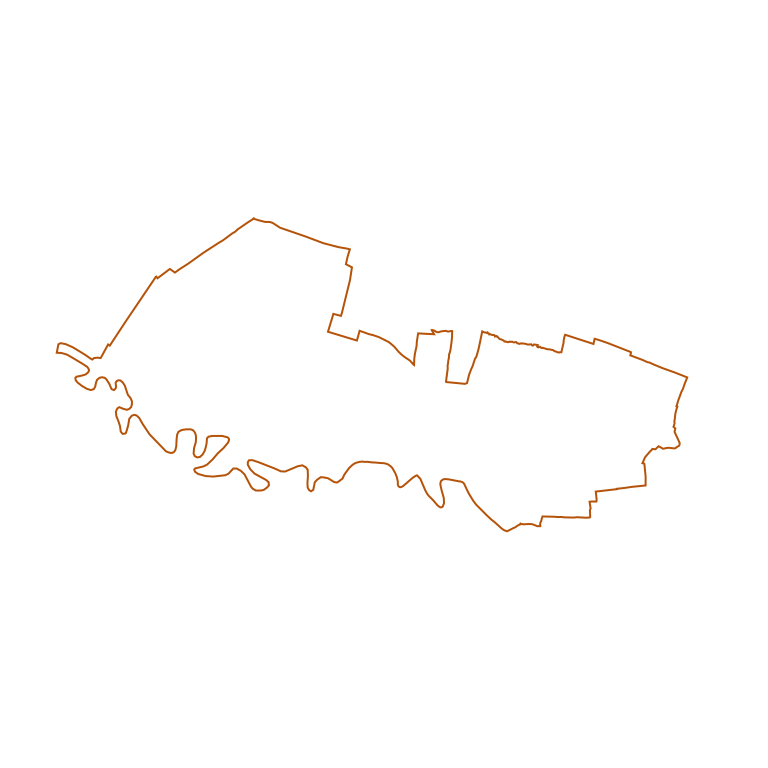 outline of Dranceni, Vaslui, Romania, rotated 136°
{"feature_id": "2599482B495393789675", "entity_name": "Dranceni", "entity_type": "district", "adm_level": 2, "iso_a3": "ROU", "parent_name": "Romania", "parent_adm1": "Vaslui", "projection": "albers", "projection_center": [28.101, 46.793], "detail": "fine", "context": "isolated", "style": "outline", "palette": "amber", "viewbox_px": 768, "rotation_deg": 136, "n_neighbors": 0, "source": "geoboundaries", "source_scale": "gbopen_adm2", "svg_char_len": 6166}
<svg xmlns="http://www.w3.org/2000/svg" viewBox="0 0 768 768"><g transform="rotate(136 384 384)"><path d="M597.7,633.8L594.5,630.4L591.6,625.3L590.0,619.8L586.9,608.3L585.6,602.6L585.9,600.3L586.7,598.6L588.8,597.9L591.9,598.1L595.3,599.8L600.2,602.9L601.8,602.8L603.2,600.8L603.4,597.9L602.6,592.4L601.1,587.0L599.1,583.3L596.3,581.9L593.4,582.8L590.3,585.0L587.5,586.3L584.6,586.1L582.4,585.0L580.6,582.5L580.5,579.8L581.6,574.6L582.9,571.4L583.5,569.5L582.5,567.2L580.5,567.2L578.9,567.9L576.1,571.4L574.0,571.8L572.4,571.1L571.1,569.5L570.9,566.2L571.6,562.8L575.7,554.3L576.1,550.1L577.2,546.9L579.2,544.7L582.0,543.0L584.7,543.1L586.9,544.1L588.9,547.5L590.5,551.2L592.2,551.6L594.0,551.3L596.2,550.2L598.8,546.9L601.0,541.5L603.2,537.0L606.4,532.7L606.7,529.8L605.2,528.5L603.9,528.0L601.3,529.3L596.7,532.0L591.4,535.9L587.4,536.4L585.0,535.2L583.8,533.1L583.7,529.4L585.4,522.9L587.6,510.7L587.6,487.1L586.6,484.7L585.5,482.8L584.1,481.5L582.2,481.0L580.0,481.4L576.7,483.5L571.4,488.5L567.9,491.3L565.1,492.4L561.9,491.6L559.6,490.2L557.6,488.6L554.6,485.7L553.5,483.5L553.6,481.4L553.9,480.0L554.9,477.9L556.7,475.7L559.8,472.9L565.2,469.8L569.3,466.2L570.2,463.6L569.4,461.0L567.1,459.4L563.6,459.3L559.9,460.3L557.2,461.7L553.0,464.4L549.1,467.9L546.8,468.0L543.7,466.0L536.5,459.1L533.8,454.7L533.4,453.4L534.0,451.6L536.7,450.2L544.1,449.4L551.8,449.6L559.6,448.8L567.1,448.9L571.3,450.2L578.5,454.5L580.0,454.2L580.9,452.2L580.2,448.4L576.2,441.6L571.1,436.0L561.5,428.6L558.2,427.5L551.2,427.9L548.7,425.5L547.3,421.0L547.1,415.9L551.0,402.5L551.2,400.0L550.2,396.4L546.2,392.6L543.8,391.3L540.1,390.8L537.2,391.0L535.2,393.6L535.5,397.0L539.4,409.5L539.4,415.7L538.0,420.6L536.2,422.4L534.1,422.9L531.6,420.7L528.6,414.9L521.0,398.4L518.9,392.9L515.9,389.7L503.3,384.8L499.2,382.2L498.1,378.3L498.5,375.3L502.5,370.8L507.8,366.0L510.8,362.6L511.6,359.8L511.0,357.5L508.4,357.0L502.0,361.4L498.6,361.6L494.2,360.9L491.8,358.1L489.7,355.0L488.0,348.2L486.3,345.8L484.1,345.3L479.5,344.8L475.4,346.4L467.4,347.8L462.7,347.7L460.1,347.2L459.0,346.8L456.0,345.2L453.3,343.1L452.0,341.3L450.2,339.8L446.8,335.6L445.2,334.0L442.3,330.6L439.1,327.1L437.8,325.2L436.9,323.2L436.3,319.8L436.4,317.5L437.8,312.2L439.5,308.0L441.9,304.1L443.5,302.5L444.3,301.4L444.6,300.1L444.3,298.9L444.0,298.4L442.3,297.6L441.1,297.3L428.6,296.6L425.1,296.0L423.7,295.4L423.7,290.6L428.2,278.8L429.2,275.1L429.5,272.6L429.4,266.1L429.8,259.8L429.5,257.3L429.1,256.0L428.1,255.3L427.0,255.0L423.7,256.5L420.3,260.3L416.4,267.5L414.0,271.5L412.6,273.3L410.7,274.5L409.6,274.6L407.5,274.2L406.0,273.1L403.7,270.5L397.6,261.8L396.8,260.9L395.8,259.0L395.6,257.7L395.7,256.5L398.3,248.8L399.3,245.4L400.9,238.2L401.5,233.4L401.3,219.4L401.0,212.0L400.6,209.6L400.3,206.6L399.7,197.9L399.1,195.2L397.7,192.5L390.4,190.3L389.7,189.9L384.8,189.0L383.9,188.4L382.8,188.8L381.7,186.7L377.1,182.7L375.2,180.7L374.2,179.1L372.4,175.0L371.6,174.5L370.4,173.2L369.8,173.6L369.5,174.1L369.4,174.4L367.9,175.6L366.0,176.3L364.6,177.2L362.0,178.6L353.5,170.0L351.9,168.1L348.5,164.8L347.0,162.9L340.4,156.2L337.6,154.0L331.5,147.4L328.8,145.1L328.3,145.0L327.8,145.4L323.4,150.3L321.8,151.0L317.9,156.5L316.0,155.0L313.0,152.0L312.2,152.3L310.9,153.7L306.4,159.5L290.6,147.4L289.4,146.5L289.2,146.8L283.0,142.0L277.4,138.0L266.3,129.3L259.9,135.9L252.4,145.4L252.1,145.9L253.1,147.5L247.5,149.8L244.9,150.2L239.0,150.7L237.2,150.6L236.1,150.9L234.1,148.5L229.8,148.5L228.9,146.0L228.3,143.6L224.6,141.3L223.2,140.0L220.1,136.2L218.8,135.3L217.9,135.4L214.7,134.6L213.8,134.9L212.3,136.1L208.2,147.8L205.3,149.7L205.5,152.1L202.3,153.8L201.2,155.2L201.1,155.5L200.2,156.0L195.1,160.2L191.8,162.3L188.7,164.0L189.1,164.8L183.3,168.0L175.4,171.8L172.2,172.9L167.7,175.2L161.3,178.1L166.7,190.0L172.6,201.9L176.5,210.8L178.2,215.2L179.3,216.6L181.2,221.5L186.9,233.5L184.3,235.2L184.3,235.6L194.5,257.8L196.8,262.4L199.8,268.1L201.1,270.2L205.5,267.3L219.5,293.6L221.3,292.7L224.8,290.3L225.8,289.2L234.4,283.6L235.4,284.7L236.1,284.9L237.2,286.4L237.8,288.0L238.5,289.1L238.9,291.1L241.4,294.6L242.2,295.3L244.7,299.8L245.8,300.7L245.9,302.1L246.0,302.4L246.6,303.0L247.0,302.9L247.5,303.1L247.8,303.5L247.8,304.6L246.4,305.1L246.9,306.0L248.7,308.3L249.9,308.1L250.4,308.3L250.6,308.6L250.6,310.5L251.7,311.1L252.3,311.8L253.3,312.6L253.8,313.7L254.8,315.3L256.2,317.0L256.7,317.2L257.2,318.1L258.8,318.8L259.1,319.8L259.9,320.7L259.7,322.1L260.0,322.6L261.3,323.3L262.0,324.2L262.5,325.6L263.5,326.1L264.1,327.2L265.5,327.7L267.3,330.2L267.1,330.2L267.3,330.5L267.7,331.0L267.8,332.4L268.3,333.3L268.5,334.4L269.5,335.7L269.6,336.8L269.5,338.4L269.8,338.9L269.6,339.2L269.6,340.2L271.1,341.1L270.7,341.5L270.7,342.5L272.5,344.7L273.0,345.9L273.8,346.5L273.4,347.1L273.9,347.7L273.7,349.2L274.6,349.3L274.9,350.2L276.1,351.6L276.8,353.6L288.2,345.8L292.3,343.1L298.4,339.6L299.3,339.2L300.7,339.1L308.1,335.2L311.2,334.0L316.3,331.6L323.6,327.0L325.6,327.8L337.8,342.1L337.9,342.5L327.5,350.8L325.3,353.2L323.8,354.2L321.1,356.5L319.8,357.2L316.2,360.4L315.6,360.5L313.0,362.0L306.6,367.0L302.7,370.3L298.2,374.7L298.5,375.2L301.5,377.2L302.7,379.4L306.1,382.0L309.2,383.6L310.1,385.1L310.8,387.6L311.9,389.6L312.2,389.7L313.4,385.0L324.3,396.7L330.9,391.7L334.3,388.6L340.6,384.4L344.6,381.2L349.2,376.8L349.3,377.3L349.1,381.8L349.2,383.5L350.5,389.4L351.0,393.6L351.1,396.8L350.7,403.7L351.0,407.4L351.5,411.1L355.2,421.5L358.0,426.9L360.0,430.0L364.6,439.2L373.3,434.1L388.0,460.5L371.7,469.6L367.7,462.9L364.7,464.5L336.1,482.5L326.0,490.2L328.2,496.6L321.9,500.8L315.0,504.6L316.7,507.3L321.7,514.1L329.9,527.6L338.2,545.1L350.2,568.6L352.0,576.4L352.8,578.6L353.9,580.2L356.9,583.1L360.7,589.3L362.5,592.6L362.6,593.7L364.2,593.7L370.0,594.9L382.1,596.9L385.3,596.9L388.3,597.7L400.5,599.3L405.0,600.4L423.0,603.9L441.4,606.6L450.9,608.5L457.0,609.4L458.1,615.5L473.5,617.4L473.2,619.5L473.6,619.6L526.5,608.4L554.6,602.1L555.0,604.1L569.6,599.5L570.0,599.6L570.3,600.0L571.6,601.8L574.3,603.9L574.9,604.2L576.7,604.1L576.9,604.3L577.4,605.9L578.6,612.2L582.3,626.5L585.2,633.6L587.7,637.3L588.6,638.2L590.7,638.7L597.7,633.8Z" fill="none" stroke="#b45309" stroke-width="2"/></g></svg>